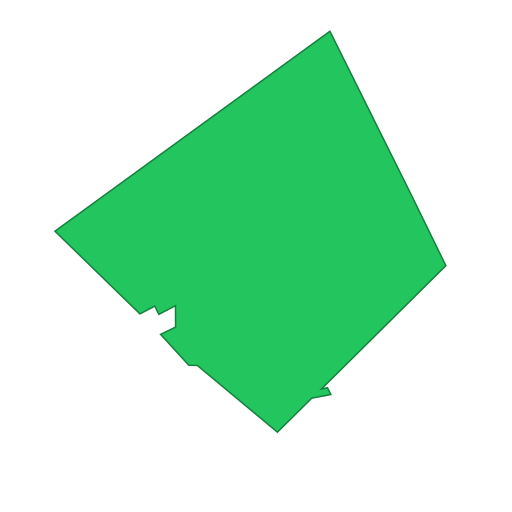 Heard, Georgia, United States of America (Albers equal-area conic projection), rotated 63°
{"feature_id": "52423323B5614253724066", "entity_name": "Heard", "entity_type": "district", "adm_level": 2, "iso_a3": "USA", "parent_name": "United States of America", "parent_adm1": "Georgia", "projection": "albers", "projection_center": [-85.075, 33.279], "detail": "fine", "context": "isolated", "style": "filled", "palette": "green", "viewbox_px": 512, "rotation_deg": 63, "n_neighbors": 0, "source": "geoboundaries", "source_scale": "gbopen_adm2", "svg_char_len": 382}
<svg xmlns="http://www.w3.org/2000/svg" viewBox="0 0 512 512"><g transform="rotate(63 256 256)"><path d="M142.6,423.9L254.9,385.7L254.7,369.0L263.9,369.0L263.7,350.3L282.8,359.9L282.5,376.6L322.8,365.5L326.9,358.0L422.7,316.9L408.0,270.9L413.4,252.2L405.8,252.1L404.2,258.1L350.8,91.2L272.1,89.9L89.3,88.1L142.6,423.9Z" fill="#22c55e" stroke="#15803d" stroke-width="1.5"/></g></svg>